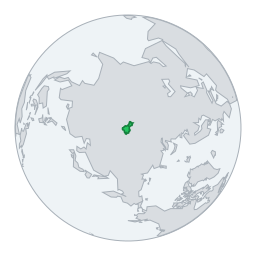 globe centered on Tuva, rotated 136°
{"feature_id": "RUS-2605", "entity_name": "Tuva", "entity_type": "Republic", "adm_level": 1, "iso_a3": "RUS", "parent_name": "Russia", "parent_adm1": "", "projection": "orthographic", "projection_center": [94.276, 51.727], "detail": "fine", "context": "on_globe", "style": "filled", "palette": "green", "viewbox_px": 256, "rotation_deg": 136, "n_neighbors": 0, "source": "natural_earth", "source_scale": "10m", "svg_char_len": 13507}
<svg xmlns="http://www.w3.org/2000/svg" viewBox="0 0 256 256"><g transform="rotate(136 128 128)"><circle cx="128" cy="128" r="113" fill="#eef3f6" stroke="#a8b0b8"/><path d="M178.7,27.4L181.0,28.7L181.7,30.2L175.2,30.2L174.0,28.7L172.6,29.1L174.0,31.0L175.3,32.2L172.5,37.7L176.1,46.4L180.8,49.7L177.0,48.8L188.2,55.5L192.4,61.5L185.4,54.5L183.1,53.6L184.9,57.5L182.8,57.5L182.5,59.4L180.0,59.2L176.1,55.3L174.4,55.2L175.7,57.9L174.0,59.6L172.2,55.5L169.0,58.1L162.0,52.6L159.4,42.8L153.4,40.4L145.0,32.3L143.7,33.3L139.6,31.1L136.5,31.5L135.9,30.1L134.0,31.6L135.2,32.8L134.7,33.9L133.0,34.3L131.9,32.5L132.5,32.1L131.3,31.8L131.5,30.8L130.4,31.5L129.2,29.4L127.9,32.1L124.8,30.9L124.7,29.4L128.0,28.8L136.1,24.5L137.0,23.2L135.0,21.7L124.1,20.3L123.8,19.3L120.9,18.5L119.5,19.3L121.3,20.2L118.1,21.7L120.7,22.9L119.7,23.7L121.1,25.5L117.3,26.1L112.9,25.8L111.6,24.5L109.6,24.4L107.9,26.6L102.7,25.1L94.4,26.3L93.4,25.9L96.8,23.4L104.2,21.0L108.5,18.6L102.0,21.1L99.8,20.6L97.9,21.0L95.9,21.8L95.3,22.4L93.7,22.6L99.6,19.8L101.1,19.7L99.2,20.5L102.7,19.4L106.6,18.0L105.1,18.0L112.6,16.5L111.7,16.6L112.2,16.5L113.1,16.3L113.8,16.3L113.2,16.3L121.6,15.5L130.0,15.4L138.4,15.8L146.8,16.9L155.0,18.6L163.1,21.0L171.0,23.9L178.7,27.4ZM228.1,76.7L227.4,75.6L227.2,74.9L228.1,76.7ZM227.4,76.0L227.5,76.1L227.4,76.0ZM227.6,76.6L227.4,76.1L227.7,76.8L227.6,76.6ZM228.0,77.7L227.8,77.1L228.0,77.7ZM228.3,79.0L228.4,79.3L228.1,78.6L228.3,79.0ZM176.2,32.8L174.3,31.1L173.7,29.4L175.6,30.8L176.2,32.8ZM177.0,36.4L175.5,35.5L177.2,34.8L177.5,35.6L177.0,36.4ZM184.5,52.1L183.3,50.1L185.2,52.1L184.5,52.1ZM183.0,59.8L184.0,60.4L183.4,61.1L183.0,59.8ZM123.1,25.1L122.1,25.3L122.3,24.8L123.1,25.1ZM124.6,25.7L125.6,25.1L126.4,25.3L125.8,25.7L124.6,25.7ZM178.9,61.5L177.6,62.7L178.2,60.8L178.9,61.5ZM123.1,26.5L127.8,25.7L129.3,26.2L128.1,28.1L123.1,26.5ZM176.5,62.9L173.6,66.1L175.5,67.6L168.3,65.2L173.2,63.2L173.6,60.6L174.7,62.5L176.5,62.9ZM136.3,33.1L134.9,31.8L137.6,32.5L136.3,33.1ZM138.1,33.3L147.1,34.4L148.2,36.6L145.0,35.7L147.8,38.5L143.9,39.1L141.5,37.7L141.5,36.1L140.1,37.5L138.1,33.3ZM164.8,63.6L163.5,63.8L164.2,62.8L164.8,63.6ZM134.8,34.5L136.5,34.4L137.6,36.3L134.4,36.8L135.0,36.0L134.8,34.5ZM150.4,39.1L150.6,40.7L147.6,41.5L147.3,42.3L143.9,39.3L150.4,39.1ZM133.9,35.8L132.7,37.0L130.6,36.5L133.2,34.6L133.9,35.8ZM139.2,36.7L139.6,37.6L138.3,37.2L139.2,36.7ZM122.5,35.6L124.5,35.3L125.3,36.3L122.5,35.6ZM132.4,37.5L133.1,37.7L133.6,38.1L132.4,38.8L132.4,37.5ZM142.0,40.1L140.7,40.2L143.2,41.4L141.0,42.2L139.2,40.1L139.1,41.3L138.4,41.6L137.7,39.6L142.0,40.1ZM132.8,40.7L129.7,38.5L125.8,38.6L125.0,37.8L131.4,37.7L132.8,40.7ZM135.7,40.2L133.7,40.3L133.8,39.1L135.1,38.3L135.7,40.2ZM140.2,43.5L144.0,42.9L144.3,43.4L140.2,43.5ZM131.6,40.9L132.4,41.5L131.4,41.1L131.6,40.9ZM137.6,43.0L138.9,42.6L139.2,43.2L137.6,43.0ZM132.9,42.9L131.9,42.2L132.8,41.6L132.9,42.9ZM135.0,43.1L135.1,44.0L133.7,41.8L135.6,42.9L135.0,43.1ZM137.6,43.6L138.2,43.8L137.0,43.6L137.6,43.6ZM130.0,45.7L128.0,43.1L130.0,41.7L131.7,44.4L130.0,45.7ZM27.2,77.8L27.7,77.0L30.6,72.3L38.0,74.5L36.5,79.7L38.8,92.1L38.6,94.5L34.9,97.0L33.9,112.4L37.6,112.2L40.1,123.8L43.9,129.4L51.3,123.8L45.0,114.5L47.3,109.1L55.0,113.4L60.9,121.8L62.0,120.0L61.0,111.8L65.3,111.0L61.0,108.8L60.6,111.7L58.0,110.5L58.2,107.7L59.7,107.5L58.7,104.4L51.9,106.7L50.7,109.9L46.4,104.2L44.1,109.1L41.9,108.8L45.0,100.5L46.9,98.9L50.3,87.5L47.9,88.6L44.6,99.6L44.3,97.4L41.1,99.3L43.4,96.2L47.7,84.3L45.7,79.0L38.2,78.4L38.1,75.0L40.3,70.0L48.0,65.1L47.4,73.2L50.1,71.9L54.5,66.6L54.0,69.6L55.7,68.6L55.9,71.5L60.4,72.6L61.2,75.4L67.0,73.0L68.2,74.2L64.4,75.2L62.3,77.6L64.8,84.9L66.5,85.5L70.1,83.4L70.3,85.8L73.5,82.9L76.9,86.1L75.3,79.8L79.5,77.6L83.8,78.1L84.9,76.3L77.9,75.5L75.3,76.2L73.6,78.6L66.5,80.0L64.7,78.2L71.1,72.7L69.3,69.6L75.1,66.9L90.4,70.4L94.8,73.5L93.4,83.9L90.1,84.4L88.9,80.9L86.2,86.4L88.2,84.9L88.5,87.0L92.5,85.7L92.8,87.1L96.1,83.5L97.0,85.1L94.9,87.4L101.6,87.2L104.5,90.2L105.8,89.5L106.5,87.8L109.7,93.0L110.6,92.2L109.8,90.2L111.0,87.5L114.5,84.8L115.4,86.7L114.3,87.9L113.4,93.6L110.3,96.8L111.1,97.3L114.0,95.0L115.1,88.1L116.8,85.9L116.8,89.2L117.0,87.8L118.1,87.3L120.2,88.7L120.5,85.2L132.2,78.4L137.4,80.7L136.0,84.1L145.2,82.1L150.3,85.4L149.6,83.4L153.5,81.5L152.0,80.4L152.0,79.4L161.4,74.5L164.3,75.0L167.6,71.2L167.2,70.2L165.2,69.6L168.3,65.2L175.5,67.6L176.0,69.5L180.1,69.8L180.6,74.3L182.9,78.3L180.9,83.4L182.9,86.3L184.3,86.1L188.1,90.1L190.9,99.4L182.3,92.7L176.9,79.9L178.5,85.0L176.3,84.2L175.8,86.3L177.1,90.0L178.4,90.3L171.0,98.7L170.5,109.7L175.1,107.6L178.5,109.7L182.0,121.5L175.5,140.2L180.0,144.1L180.6,147.3L177.5,150.3L176.5,145.7L172.9,144.9L172.8,142.0L167.5,145.6L167.1,141.6L163.2,146.6L165.3,149.4L170.1,147.5L166.9,153.9L172.5,158.0L173.7,164.2L166.3,176.8L157.8,181.5L157.4,183.4L153.8,181.8L149.3,185.9L156.5,194.9L156.4,197.6L149.0,203.4L148.8,201.5L139.1,197.4L137.6,203.8L144.9,208.3L147.5,213.5L141.9,212.3L139.3,207.6L135.9,205.9L136.6,200.6L133.4,192.2L127.8,193.7L128.1,190.2L122.8,182.4L114.7,184.0L101.9,191.4L100.4,199.7L95.9,202.2L89.7,188.3L89.3,179.1L85.5,178.7L80.4,168.6L67.1,161.4L66.6,158.4L63.8,157.9L60.4,152.8L60.1,147.8L57.5,146.1L58.5,159.2L61.6,161.1L66.0,159.5L65.6,163.4L69.0,169.0L60.3,173.0L42.8,167.3L43.5,160.4L42.2,134.6L43.6,133.1L43.7,132.9L43.8,132.4L41.3,134.4L41.9,129.5L40.0,146.0L38.7,151.6L42.6,167.4L41.6,167.6L43.6,171.6L52.6,176.5L52.2,178.4L46.5,183.5L36.0,184.1L38.7,192.3L40.2,197.1L36.7,193.9L38.4,196.2L33.8,189.8L29.7,183.0L26.1,176.0L23.0,168.7L20.4,161.3L18.3,153.7L16.8,145.9L15.7,136.3L16.0,132.8L16.1,128.7L15.7,125.3L16.0,120.5L16.1,118.0L16.6,111.0L18.3,102.5L20.6,94.0L23.6,85.8L27.2,77.8ZM31.8,77.0L30.8,78.1L31.8,77.0ZM64.8,134.9L69.9,139.5L71.7,132.5L73.8,133.8L73.7,131.0L71.8,132.0L72.0,124.9L75.7,125.3L77.2,122.6L75.6,120.9L68.8,121.5L68.4,131.6L65.5,132.6L64.8,134.9ZM99.4,20.8L98.9,21.0L96.8,21.6L97.6,21.2L99.4,20.8ZM88.5,26.0L86.3,26.2L88.4,25.7L89.1,24.9L94.5,23.1L93.2,25.7L92.8,24.8L88.5,26.0ZM101.4,21.7L98.1,22.3L101.7,21.5L101.4,21.7ZM65.0,60.4L63.7,62.3L61.5,62.7L60.5,59.7L63.6,59.1L65.0,60.4ZM62.3,65.0L68.9,60.7L69.8,62.6L68.2,62.2L68.1,63.9L65.5,63.8L59.9,70.0L57.6,70.8L56.9,64.5L58.4,66.1L59.6,64.0L62.3,65.0ZM84.3,48.3L87.2,47.0L85.4,52.7L82.9,53.3L81.7,50.2L84.0,47.7L84.3,48.3ZM120.1,30.2L121.3,29.7L121.7,30.2L120.9,30.9L120.1,30.2ZM123.4,35.4L115.1,33.0L116.1,32.3L110.1,32.1L110.3,30.1L114.2,30.2L109.9,28.7L113.5,28.0L110.3,27.2L118.9,27.8L122.0,27.3L118.5,28.6L118.2,30.4L119.0,31.0L123.5,32.6L129.9,32.7L130.7,34.7L129.5,36.1L128.1,36.3L128.0,34.9L126.1,36.3L125.0,34.5L123.4,35.4ZM115.1,54.0L115.7,51.8L111.6,55.2L110.5,53.0L110.1,53.6L107.9,52.6L104.6,52.3L104.6,51.2L103.3,51.6L101.8,51.0L100.1,51.2L99.4,49.3L97.2,49.5L98.1,48.5L94.5,49.3L96.9,47.9L95.2,47.1L93.8,48.9L94.4,39.0L92.8,36.3L90.2,34.9L94.6,32.9L100.0,33.0L105.0,34.5L105.9,37.6L107.8,36.2L108.7,37.3L106.9,37.9L110.3,37.6L110.6,38.7L115.2,40.8L120.0,39.9L121.7,40.8L120.0,41.6L123.0,41.9L120.9,44.1L122.1,44.8L121.3,47.8L117.2,49.3L118.9,50.0L118.4,52.5L115.1,54.0ZM129.6,46.5L125.0,48.6L122.2,48.4L124.8,43.2L124.0,42.3L125.6,39.2L129.7,39.5L128.9,40.4L129.0,41.3L127.7,40.8L128.9,41.9L127.8,43.1L128.4,44.3L126.7,44.6L129.6,46.5ZM40.3,95.0L40.5,96.5L41.2,98.4L39.2,99.7L40.3,95.0ZM43.1,86.8L43.6,87.8L41.1,90.4L40.9,88.9L43.1,86.8ZM46.0,86.2L43.8,87.6L44.9,86.0L46.0,86.2ZM65.1,76.0L65.8,77.0L65.1,77.7L63.7,77.9L65.1,76.0ZM102.9,64.6L103.7,63.1L104.5,63.2L107.9,61.1L109.0,62.6L107.4,64.6L102.9,64.6ZM49.0,123.6L46.6,123.4L46.6,121.8L47.4,122.2L49.0,123.6ZM41.7,111.2L42.4,115.0L41.2,111.5L41.7,111.2ZM104.7,65.9L106.0,64.8L105.8,66.3L104.7,65.9ZM110.0,63.7L110.1,65.3L109.6,62.6L110.0,63.7ZM52.8,207.9L53.1,211.9L49.5,208.7L46.8,205.8L45.4,202.3L48.8,204.4L50.0,203.6L52.8,207.9ZM174.4,218.8L177.5,218.0L177.4,218.3L174.4,218.8ZM171.2,218.9L174.8,217.9L170.5,219.7L171.2,218.9ZM176.2,217.5L179.8,215.7L181.4,214.7L181.1,215.3L176.2,217.5ZM168.7,219.6L155.0,222.4L149.5,222.5L150.9,221.3L159.8,220.1L168.7,219.6ZM150.4,221.3L142.0,219.1L130.0,209.3L134.3,209.5L146.7,215.1L145.9,216.2L151.1,218.2L150.4,221.3ZM170.7,211.6L169.9,214.7L162.4,216.3L158.9,216.5L156.5,213.0L157.9,210.8L160.7,210.3L171.4,200.5L175.2,201.3L172.0,205.3L175.1,207.2L170.7,211.6ZM100.9,200.6L103.5,205.9L101.0,206.1L100.9,200.6ZM175.5,193.7L171.4,198.4L175.1,192.7L175.5,193.7ZM177.6,188.5L178.0,190.3L176.1,189.0L177.6,188.5ZM157.5,186.2L154.5,187.1L154.3,185.7L158.1,183.7L157.5,186.2ZM174.6,169.3L175.0,173.7L174.6,175.3L173.0,173.1L174.6,169.3ZM116.2,79.1L110.2,80.2L106.6,82.4L105.8,85.5L104.4,81.7L109.9,78.4L116.2,79.1ZM130.1,78.2L130.8,75.6L132.2,76.6L132.3,77.3L130.1,78.2ZM129.3,76.8L127.0,74.0L128.5,72.5L130.1,74.9L129.3,76.8ZM115.6,69.6L113.8,69.8L114.0,68.6L115.6,69.6ZM186.9,224.0L185.9,224.6L165.1,234.3L161.0,235.6L163.0,234.8L161.0,233.8L162.5,233.4L162.7,231.7L175.5,226.0L184.9,218.3L191.0,215.7L196.2,209.8L202.1,206.4L199.7,210.3L205.1,207.8L210.6,198.8L212.1,202.0L214.8,199.8L214.6,200.0L208.5,206.8L201.8,213.1L194.6,218.9L186.9,224.0ZM230.2,174.4L230.6,173.5L230.2,174.4ZM182.1,216.4L186.5,212.7L188.8,211.5L182.1,216.4ZM229.8,174.6L228.9,176.0L229.1,175.5L229.8,174.6ZM230.1,173.6L230.1,173.3L230.4,173.6L230.1,173.6ZM228.5,175.2L229.5,174.4L228.3,175.5L228.5,175.2ZM227.8,176.4L227.0,177.2L227.0,176.9L227.8,176.4ZM217.0,189.4L220.2,188.9L217.3,191.9L214.1,193.1L211.1,197.3L204.5,201.8L206.2,199.6L205.4,198.3L198.3,201.8L196.8,201.3L199.5,199.0L194.6,200.5L200.0,197.0L202.0,198.5L205.0,194.5L209.9,191.7L214.5,189.0L217.9,187.9L217.0,189.4ZM199.7,203.0L200.6,202.5L199.8,203.7L199.7,203.0ZM225.4,178.0L226.6,177.5L226.4,178.0L225.8,178.7L225.4,178.0ZM218.7,186.6L222.5,180.8L223.3,179.9L220.8,184.9L218.7,186.6ZM221.7,180.2L223.3,178.8L224.1,179.1L223.8,179.8L221.7,180.2ZM188.8,206.1L188.6,206.9L187.1,207.0L188.8,206.1ZM190.7,204.8L194.9,203.6L190.3,205.6L190.7,204.8ZM177.2,207.3L178.5,208.7L182.7,206.0L179.5,208.9L182.2,210.9L181.2,212.3L178.6,210.1L177.4,213.7L175.6,214.3L174.6,211.8L176.6,207.6L178.4,205.4L185.9,202.1L177.2,207.3ZM190.7,202.6L189.5,200.8L190.4,198.9L191.6,199.6L190.7,202.6ZM185.9,196.6L182.7,194.9L179.9,197.0L185.4,190.8L187.7,193.5L185.9,196.6ZM182.9,191.1L180.3,193.1L182.9,189.7L182.9,191.1ZM179.5,192.3L179.1,190.3L181.2,189.9L179.5,192.3ZM184.3,190.7L184.6,186.9L185.8,188.6L184.3,190.7ZM177.8,185.7L182.6,187.8L176.5,188.2L175.6,180.9L178.1,180.0L177.8,185.7ZM187.3,148.3L186.3,146.1L188.4,144.6L188.5,146.5L187.3,148.3ZM194.2,138.1L188.6,143.5L183.9,148.0L185.7,148.4L185.3,153.0L182.2,150.1L184.9,144.1L188.6,141.4L188.5,137.6L190.7,133.8L189.1,129.6L189.9,127.1L192.5,130.1L194.2,138.1ZM188.3,127.9L186.3,119.9L190.6,118.9L192.0,120.5L191.1,124.5L188.9,124.8L188.3,127.9ZM187.1,117.7L185.0,117.9L177.6,107.8L177.1,105.5L184.9,112.4L183.3,113.0L184.4,115.7L187.1,117.7ZM164.3,64.8L163.6,63.9L164.9,64.3L164.3,64.8ZM151.0,78.9L151.2,77.5L152.7,77.8L151.0,78.9ZM152.5,74.0L150.7,74.5L152.2,73.2L152.5,74.0ZM146.7,76.0L149.8,74.4L147.4,77.1L146.7,76.0Z" fill="#d9dde1" stroke="#a8b0b8" stroke-width="1"/><path d="M133.6,127.0L133.5,127.3L133.4,127.6L133.0,127.8L132.9,127.9L132.9,128.0L132.8,128.3L132.7,128.4L132.5,128.6L132.5,128.9L132.5,129.0L132.4,129.1L132.4,129.3L132.5,129.5L132.6,129.8L132.7,130.1L132.8,130.1L133.0,130.2L133.0,130.3L133.0,130.5L132.8,131.1L132.6,131.3L132.4,131.4L132.2,131.5L132.0,131.8L131.8,131.9L131.7,131.8L131.6,131.7L131.4,131.6L131.1,131.5L130.9,131.6L130.7,131.6L130.2,131.4L130.1,131.5L130.0,131.4L129.9,131.4L129.8,131.5L129.7,131.5L129.4,131.5L129.0,131.5L128.9,131.3L128.6,131.3L128.4,131.4L128.3,131.2L128.1,131.0L128.1,130.8L128.1,130.6L128.0,130.4L127.1,130.2L126.9,130.2L126.5,130.2L126.4,130.2L126.4,129.9L126.2,129.8L126.1,130.0L125.9,130.0L125.9,129.9L125.7,129.8L125.7,129.7L125.5,129.8L125.4,130.0L125.2,130.0L124.9,130.0L124.7,130.1L124.5,130.3L124.4,130.4L124.2,130.4L124.1,130.5L123.9,130.5L123.7,130.6L123.5,130.8L123.4,130.9L123.2,130.8L122.9,131.0L122.7,131.1L122.6,131.3L122.4,131.3L122.2,131.3L122.1,131.2L122.0,130.8L121.9,130.8L121.8,130.7L122.0,130.5L122.0,130.4L122.2,130.5L122.5,130.4L122.5,130.2L122.4,130.2L122.2,130.0L122.2,129.9L122.0,129.6L121.9,129.5L121.8,129.4L121.7,129.3L121.7,129.2L121.6,128.9L121.4,128.7L121.5,128.6L121.5,128.4L121.4,128.2L121.2,128.1L121.6,128.0L121.8,127.9L121.8,128.0L122.0,128.1L122.3,128.2L122.5,128.1L122.8,127.8L122.9,127.6L122.9,127.3L123.0,127.2L123.3,127.0L123.5,127.1L123.7,127.3L123.8,127.4L123.8,127.5L124.2,127.5L124.3,127.6L124.7,127.6L124.8,127.7L125.0,127.7L125.1,127.8L125.4,127.9L125.5,127.8L125.8,127.8L126.0,127.8L126.2,127.7L126.3,127.8L126.3,127.7L126.5,127.6L126.6,127.4L126.9,127.2L127.0,127.1L127.3,127.0L127.3,126.9L127.4,126.7L127.5,126.5L127.6,126.3L127.7,126.2L127.8,126.2L127.8,125.9L128.0,125.7L128.3,125.7L128.4,125.4L128.4,125.2L128.5,125.1L128.5,124.9L128.4,124.9L128.5,124.8L128.5,124.7L128.8,124.7L128.9,124.8L129.0,124.7L129.3,124.8L129.4,124.7L129.5,124.7L129.8,124.5L130.0,124.5L130.3,124.4L130.5,124.3L130.4,124.4L130.5,124.4L130.5,124.5L130.6,124.4L130.8,124.4L130.8,124.2L131.0,124.0L131.3,124.2L131.5,124.2L131.6,124.3L131.7,124.5L131.8,124.5L132.0,124.7L132.3,124.7L132.3,124.8L132.6,124.9L132.7,125.0L132.8,125.2L133.0,125.1L133.4,125.1L133.5,125.0L133.6,125.3L133.9,125.4L133.9,125.5L133.7,125.5L133.4,125.7L133.5,125.7L133.5,125.8L133.5,126.0L133.4,126.1L133.4,126.3L133.3,126.5L133.2,126.5L133.3,126.6L133.2,126.7L133.3,126.8L133.3,126.7L133.4,126.8L133.5,126.8L133.6,127.0L133.6,127.0Z" fill="#22c55e" stroke="#15803d" stroke-width="1.5"/></g></svg>